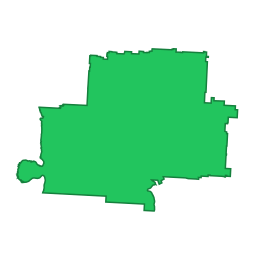 Dalwallinu, Western Australia, Australia, rotated 183°
{"feature_id": "25037944B57812572751517", "entity_name": "Dalwallinu", "entity_type": "district", "adm_level": 2, "iso_a3": "AUS", "parent_name": "Australia", "parent_adm1": "Western Australia", "projection": "equal_earth", "projection_center": [117.374, -30.13], "detail": "fine", "context": "isolated", "style": "filled", "palette": "green", "viewbox_px": 256, "rotation_deg": 183, "n_neighbors": 0, "source": "geoboundaries", "source_scale": "gbopen_adm2", "svg_char_len": 5583}
<svg xmlns="http://www.w3.org/2000/svg" viewBox="0 0 256 256"><g transform="rotate(183 128 128)"><path d="M28.4,138.5L28.4,144.0L19.5,144.0L19.5,151.9L21.9,151.9L21.9,155.7L33.2,155.7L33.2,159.9L43.6,159.7L43.6,162.7L46.3,162.7L46.3,157.2L53.0,157.2L53.1,167.6L52.0,167.7L52.2,198.3L53.9,198.4L54.0,198.5L54.0,202.8L51.5,202.8L51.5,203.6L53.4,203.6L53.5,207.9L55.4,207.9L55.4,208.3L56.5,208.3L56.4,207.0L77.5,206.9L77.5,206.2L79.8,206.2L79.8,206.4L84.0,206.3L84.0,209.5L87.1,209.5L87.1,208.8L88.4,208.8L88.4,208.4L108.0,208.3L108.1,207.9L108.1,206.0L109.4,206.0L109.4,205.7L110.7,205.7L110.7,204.5L113.0,204.5L113.0,204.2L116.5,204.2L116.5,205.2L120.9,205.3L121.0,202.5L128.4,202.4L128.4,204.3L135.2,204.3L135.2,203.6L135.9,201.8L143.1,201.7L143.1,202.9L144.1,202.9L144.1,203.1L147.9,203.1L148.0,203.4L150.9,203.5L150.9,202.2L152.5,202.2L152.5,200.8L152.9,200.8L152.9,198.5L152.1,198.5L152.1,195.5L155.4,195.5L155.5,195.6L156.3,195.5L156.3,197.1L159.1,197.1L159.1,197.9L162.7,197.9L162.7,198.7L169.1,198.7L169.1,198.1L169.9,198.1L169.9,190.5L168.9,190.5L168.9,186.7L169.4,186.7L169.4,182.8L170.0,182.9L170.1,169.9L170.2,165.3L170.1,163.9L170.1,148.4L193.5,148.3L193.4,147.2L193.5,146.9L193.9,146.6L194.5,146.5L194.7,147.1L194.8,146.9L194.7,146.6L194.9,146.9L195.1,146.8L195.1,147.0L196.1,146.7L196.3,146.8L196.5,146.7L196.3,146.6L197.0,146.5L196.9,146.4L196.6,146.4L196.4,146.3L196.5,146.1L196.9,146.2L196.8,145.8L196.4,145.4L196.2,144.9L196.7,144.4L197.1,144.5L197.6,144.8L197.5,144.7L198.3,144.8L197.7,144.6L197.5,144.3L197.3,144.3L197.2,144.1L217.9,144.1L217.9,143.9L217.9,143.7L217.6,143.4L217.3,143.2L217.4,142.6L217.0,141.5L216.8,141.4L216.9,141.2L217.0,140.4L216.8,140.7L216.6,140.7L216.6,140.4L216.4,140.2L216.5,139.6L216.3,139.3L215.7,138.9L215.4,138.2L215.5,137.9L214.9,136.9L214.6,135.8L214.4,135.2L214.7,134.9L214.1,135.3L213.7,135.2L213.6,134.9L213.0,135.0L212.9,134.8L213.4,133.8L213.7,133.3L214.4,133.2L215.2,133.3L215.8,133.1L216.0,132.9L216.2,132.4L216.1,131.9L215.9,131.6L215.5,131.3L214.4,130.1L214.6,128.8L214.5,128.3L214.6,127.8L214.5,127.4L214.6,126.8L214.3,127.2L214.2,126.6L214.1,126.4L214.3,126.1L214.4,125.7L214.5,125.6L214.4,125.4L214.0,123.2L214.1,122.6L213.9,121.6L214.0,120.7L213.9,119.6L213.9,118.6L214.2,116.8L214.1,116.2L214.1,115.6L214.1,115.0L214.2,114.2L214.1,113.3L214.3,112.7L214.2,112.3L214.4,111.6L214.2,109.9L214.3,109.2L214.1,109.3L214.2,108.9L214.2,108.4L214.0,107.8L214.1,107.4L213.9,107.3L213.9,106.3L213.6,105.2L213.5,104.0L213.9,103.5L213.8,103.4L213.4,103.4L213.6,102.8L213.3,102.3L213.2,101.7L213.2,101.1L212.9,100.0L213.0,99.3L213.6,97.0L213.6,95.9L214.1,94.8L214.0,94.6L213.0,95.0L213.9,94.3L214.1,94.0L214.1,93.6L213.8,93.4L213.5,93.5L213.5,93.2L213.1,92.7L212.0,92.2L211.3,91.2L210.7,90.6L210.4,90.2L210.3,89.6L210.2,88.2L210.7,87.4L210.9,86.5L211.4,85.5L211.7,85.3L212.3,85.2L212.9,85.6L213.2,85.6L212.8,85.4L212.7,85.3L213.0,85.2L213.5,85.4L213.3,85.5L213.6,85.5L213.8,85.6L213.7,85.4L213.9,85.3L215.2,86.0L215.6,86.1L217.0,87.2L217.6,88.2L218.3,89.1L219.0,89.5L220.1,89.9L220.5,89.9L220.7,89.7L220.9,89.8L221.2,89.4L222.1,89.5L222.3,89.4L222.4,89.6L222.8,89.0L223.1,89.0L223.3,89.5L223.2,89.6L223.7,89.9L224.4,90.1L225.1,90.0L226.1,89.7L226.2,89.9L228.3,90.6L231.1,90.2L231.7,89.8L232.8,88.6L233.0,88.3L233.0,88.1L233.1,87.8L233.6,87.2L234.1,87.6L234.3,87.6L234.3,87.3L234.5,87.3L234.6,86.8L234.4,86.8L234.3,87.0L234.1,86.8L234.5,85.9L234.4,85.4L234.5,85.3L234.7,85.8L234.7,86.0L234.8,86.5L234.9,86.4L234.8,86.1L235.0,85.6L234.9,85.4L235.2,85.5L235.2,85.9L235.5,85.7L235.4,85.2L235.1,84.6L235.1,83.9L235.6,83.8L235.7,84.1L235.8,84.0L235.8,83.8L235.7,83.7L235.3,83.3L235.0,82.7L235.4,82.1L235.4,81.9L235.3,82.1L235.2,82.1L235.7,81.2L235.8,80.6L235.6,79.8L235.7,79.3L235.9,79.1L236.5,79.2L235.6,78.8L235.5,78.4L236.0,78.0L236.0,77.9L235.6,77.6L235.9,77.2L235.7,76.8L236.4,76.3L235.9,76.1L235.8,75.8L235.9,75.6L236.3,75.4L236.4,75.1L236.0,74.9L235.9,75.2L235.5,74.9L235.5,74.6L235.8,74.5L236.0,74.5L236.1,74.2L235.9,74.0L235.7,74.2L235.2,73.8L235.6,73.6L235.7,73.2L235.1,72.9L235.3,72.5L235.1,72.6L234.9,72.6L234.5,71.6L234.0,71.0L233.1,70.4L232.5,69.9L232.6,70.3L232.5,70.6L232.2,70.6L231.8,70.2L231.7,69.9L231.9,69.6L232.0,69.1L231.9,68.8L231.8,68.6L230.7,68.4L230.8,68.1L230.7,68.1L230.5,68.4L230.2,68.5L231.1,69.3L230.5,69.4L230.2,69.3L229.8,68.9L229.2,68.8L229.1,68.7L229.5,68.2L227.6,68.5L226.8,68.6L224.8,69.4L223.9,70.0L222.6,71.4L221.7,72.0L221.1,72.7L219.9,73.1L219.1,73.2L215.8,72.9L213.8,73.5L213.4,73.8L211.7,75.8L210.9,76.3L210.2,76.2L209.4,75.7L208.6,74.5L207.9,71.7L207.9,70.5L208.1,69.9L208.1,69.2L208.6,67.6L208.6,67.2L208.8,66.7L208.7,64.9L208.6,64.3L208.7,62.9L208.9,62.1L208.8,61.6L209.7,59.4L209.8,58.8L146.3,58.8L146.3,52.9L107.6,52.9L107.6,46.5L97.5,46.5L97.2,47.6L97.4,50.9L98.0,52.7L98.0,53.5L97.6,55.5L97.6,56.3L97.9,57.5L98.5,59.8L99.2,61.4L99.6,61.7L99.8,62.2L99.5,62.0L99.7,62.4L100.1,62.8L100.9,64.4L101.6,65.2L102.4,65.8L105.1,66.3L105.4,66.9L105.1,67.7L104.6,68.3L103.1,68.8L102.2,69.4L100.3,72.1L99.6,72.5L98.9,72.5L98.1,73.2L97.3,73.0L97.6,73.5L98.0,74.6L98.2,75.1L98.8,75.5L101.1,76.8L101.7,77.4L95.6,77.4L93.9,73.5L91.3,75.0L92.2,77.1L89.3,78.9L90.3,81.2L68.0,81.2L65.3,80.6L57.1,80.6L54.8,80.5L54.7,81.7L55.0,82.3L52.4,82.3L52.4,83.8L45.5,83.8L45.5,85.2L43.5,85.2L43.5,84.7L31.9,84.7L28.9,84.5L28.9,84.2L28.2,84.2L28.2,85.8L26.9,85.8L26.9,85.0L23.3,85.0L23.3,92.7L28.7,92.7L28.7,105.2L28.3,106.0L28.3,107.1L28.7,107.1L28.7,115.2L28.3,115.2L28.3,127.5L29.2,127.5L29.2,129.1L31.1,129.8L31.1,137.5L28.9,137.5L28.9,138.5L28.4,138.5Z" fill="#22c55e" stroke="#15803d" stroke-width="1.5"/></g></svg>